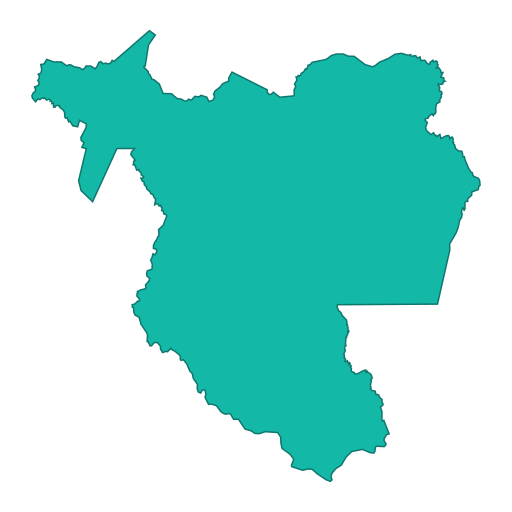 Zimba, Southern, Zambia (Equal Earth projection)
{"feature_id": "96606910B98197380388075", "entity_name": "Zimba", "entity_type": "district", "adm_level": 2, "iso_a3": "ZMB", "parent_name": "Zambia", "parent_adm1": "Southern", "projection": "equal_earth", "projection_center": [26.486, -17.666], "detail": "fine", "context": "isolated", "style": "filled", "palette": "teal", "viewbox_px": 512, "rotation_deg": 0, "n_neighbors": 0, "source": "geoboundaries", "source_scale": "gbopen_adm2", "svg_char_len": 5904}
<svg xmlns="http://www.w3.org/2000/svg" viewBox="0 0 512 512"><path d="M442.9,72.5L441.2,72.7L440.7,70.5L438.5,67.4L436.5,68.0L438.1,64.8L437.3,64.2L437.4,62.1L436.1,60.9L433.6,61.9L432.9,60.2L430.0,62.4L429.8,64.2L427.5,63.8L424.9,60.3L420.9,60.5L420.0,56.9L417.3,58.1L415.7,55.7L411.3,56.2L410.6,55.6L410.7,54.6L408.1,55.3L401.4,53.3L394.8,54.3L388.7,58.3L379.5,62.2L375.1,65.7L372.4,66.8L365.1,64.6L354.1,56.3L348.4,56.2L343.2,54.0L336.4,54.0L331.4,55.5L327.0,58.9L324.1,59.9L312.1,62.3L310.6,64.3L307.9,65.4L308.1,66.2L306.4,69.3L305.4,68.9L303.7,71.8L301.0,73.5L301.2,74.4L300.5,75.2L299.3,76.0L298.3,75.4L297.1,77.1L296.1,77.0L296.9,80.1L294.5,84.0L295.7,86.6L294.1,89.9L294.2,95.2L293.6,95.9L279.8,97.2L273.3,92.2L270.9,94.5L269.3,94.5L267.2,92.3L267.2,89.8L232.0,72.1L228.8,77.9L228.7,81.0L222.7,83.7L220.1,87.0L215.0,91.0L213.5,94.3L214.4,95.9L214.3,97.6L213.0,100.1L208.9,101.5L206.8,97.2L201.0,95.3L199.1,96.8L194.8,96.4L191.3,100.2L188.7,99.1L186.7,101.0L184.8,101.2L181.5,99.2L176.9,98.4L171.5,93.7L163.1,93.5L159.3,84.0L154.1,79.8L151.9,79.2L150.0,74.9L148.3,73.2L148.2,71.6L143.8,67.1L144.2,66.1L145.2,66.0L148.5,44.9L155.3,35.0L149.4,30.7L113.9,61.5L112.2,60.3L110.5,63.2L108.2,63.9L105.8,63.1L103.2,63.8L100.8,61.6L98.8,62.4L97.3,66.1L95.2,68.8L90.7,66.0L85.9,66.0L85.2,67.6L82.7,69.7L79.4,67.7L74.2,66.8L70.8,64.9L68.8,64.8L66.9,65.9L61.2,61.9L54.0,62.0L46.7,59.4L44.0,64.0L40.7,64.5L41.7,68.9L41.1,73.0L38.2,74.2L39.2,76.0L39.2,78.2L37.8,80.4L39.0,82.4L39.0,84.1L37.8,85.8L34.6,86.9L35.6,89.8L35.3,91.3L33.4,92.7L31.9,95.7L32.4,98.1L35.6,101.8L37.8,99.0L39.8,99.6L42.6,97.7L43.5,98.4L44.3,97.8L46.6,100.1L49.1,99.1L50.0,99.8L50.2,101.3L50.9,101.0L52.2,102.5L51.8,103.6L53.5,103.3L53.5,107.1L54.9,107.3L55.5,105.9L56.8,105.5L59.6,105.6L59.4,107.0L63.5,110.3L64.6,112.7L64.8,116.8L65.5,118.1L67.1,117.9L68.7,121.9L69.9,121.1L72.8,125.8L77.7,126.8L79.5,120.3L86.3,123.8L86.1,127.6L80.9,137.4L81.2,140.5L84.0,142.6L81.9,147.4L86.3,148.6L78.6,180.7L81.1,190.6L92.6,201.7L116.9,148.5L134.5,148.5L131.5,152.0L130.8,154.6L135.2,160.2L133.8,161.2L133.2,164.8L134.9,165.2L136.7,170.1L139.0,169.5L138.7,170.5L141.2,173.0L141.2,174.8L143.7,176.8L142.9,178.3L140.9,178.1L142.3,181.0L144.1,182.1L144.3,184.7L146.1,186.4L146.9,189.1L149.9,191.6L150.7,193.6L152.8,194.5L154.3,197.8L155.7,199.1L154.7,204.8L156.8,203.5L158.5,204.7L159.0,206.0L160.9,205.4L160.9,206.5L162.1,208.1L161.6,210.5L163.1,210.9L163.9,214.1L165.6,214.1L166.8,215.9L163.2,225.3L158.6,229.5L159.1,235.7L157.6,236.9L157.1,239.0L155.0,241.8L153.5,245.2L153.4,248.4L156.3,249.2L156.8,252.0L154.8,254.9L153.3,253.7L152.8,254.1L152.0,257.7L150.7,260.1L152.3,264.2L152.0,269.2L147.3,270.8L146.5,273.6L147.1,276.3L149.6,278.3L149.2,280.6L145.5,285.0L145.9,287.5L145.4,288.8L140.5,289.9L137.4,291.6L137.9,293.1L137.1,293.3L136.9,296.1L139.7,299.3L139.1,301.1L137.5,301.2L135.0,303.9L132.2,304.7L132.3,307.2L133.5,307.6L134.0,312.9L135.2,315.2L139.1,317.2L141.0,324.2L146.7,332.7L147.5,335.3L147.1,341.5L148.0,341.7L150.2,346.0L151.8,345.6L153.9,342.7L157.3,342.5L160.4,346.2L160.6,349.4L162.7,352.6L165.7,351.4L167.6,351.7L170.8,348.3L171.3,349.4L174.9,351.2L180.2,355.7L180.4,359.9L181.5,360.4L183.3,359.6L186.9,364.1L189.8,371.1L192.3,373.6L193.3,378.4L197.5,384.5L197.1,388.2L198.3,392.0L200.7,393.0L202.4,390.0L204.8,389.7L206.0,394.6L205.1,396.7L205.3,398.0L208.6,404.4L211.0,404.0L216.5,405.7L220.6,411.4L222.9,413.2L225.4,414.2L229.6,413.6L230.6,414.2L233.6,419.3L238.4,419.2L245.1,429.1L251.3,430.9L254.7,433.4L259.1,433.7L265.3,431.7L277.7,432.5L280.6,437.1L281.0,443.7L282.1,448.5L289.9,454.1L293.3,458.5L293.5,459.9L291.4,465.3L291.8,466.7L302.8,470.3L307.2,469.1L312.1,469.2L317.0,473.6L326.2,479.8L330.3,481.3L332.0,479.9L331.0,476.3L332.1,473.0L335.9,468.6L341.4,465.0L346.1,457.0L351.8,451.5L362.4,449.4L370.1,452.6L373.7,453.1L374.9,451.5L375.4,447.4L376.3,446.2L384.1,446.6L385.7,445.2L386.0,443.9L384.1,440.6L384.1,438.8L386.6,434.5L389.1,433.9L383.8,420.3L382.5,421.0L381.9,420.0L382.0,411.7L380.4,406.9L382.7,405.4L383.1,404.0L382.0,402.4L382.0,399.4L380.1,398.0L378.5,394.9L375.7,394.0L375.2,391.1L371.9,390.5L370.4,388.8L371.1,388.1L370.4,385.7L371.3,380.9L370.7,379.7L372.2,378.2L371.5,375.5L370.3,373.6L368.2,372.7L367.1,370.7L367.1,371.9L366.2,372.4L365.6,371.3L365.9,370.1L364.2,370.3L356.6,374.2L354.8,373.6L354.3,372.6L351.8,371.7L351.1,370.1L351.4,368.4L350.3,367.2L351.3,366.0L349.3,364.1L350.0,363.6L349.5,362.8L348.7,363.8L348.8,362.9L348.0,362.5L347.4,360.7L345.7,361.8L345.0,361.1L345.5,358.9L344.1,357.6L344.5,355.9L343.8,354.1L345.3,350.4L344.5,347.7L344.9,346.1L346.0,345.8L345.5,343.8L346.0,337.1L346.7,337.1L346.6,335.9L347.7,334.5L347.7,331.7L348.6,332.1L348.9,331.1L347.7,328.9L348.0,327.2L346.9,325.0L347.4,324.5L346.5,323.8L347.0,322.5L346.4,319.9L342.1,315.4L340.8,312.3L338.6,310.7L337.2,307.2L337.4,304.7L437.5,304.1L449.8,250.0L449.6,244.0L456.1,232.9L458.0,227.9L459.8,219.9L461.5,217.7L462.2,213.6L461.4,212.8L461.9,209.7L462.8,207.7L464.1,210.2L465.0,208.8L464.9,202.4L466.0,201.4L467.7,201.4L467.8,198.6L471.6,195.3L471.9,191.9L478.3,189.6L478.8,186.4L480.1,185.2L479.6,180.3L478.3,178.2L473.9,176.5L472.7,174.8L472.5,172.9L470.6,171.6L468.6,168.2L465.0,159.7L464.4,156.7L462.5,156.5L462.7,154.3L461.8,151.2L458.3,150.9L455.4,148.3L454.7,145.0L453.1,143.5L453.7,142.3L453.0,141.6L453.1,138.7L452.5,137.4L452.0,137.0L449.7,138.7L449.5,136.6L448.5,135.6L446.5,135.7L440.9,138.5L439.9,134.4L436.7,136.5L435.9,135.3L435.2,135.5L433.5,132.7L431.1,134.6L426.8,130.9L425.8,128.7L425.6,127.1L427.4,122.6L425.0,120.1L425.4,118.8L428.4,117.9L428.7,116.4L431.9,113.9L433.4,115.7L434.5,113.5L435.5,113.5L436.0,110.3L435.5,108.9L436.6,103.8L439.9,101.9L439.7,99.9L441.4,96.8L441.0,94.8L442.0,94.0L441.7,91.9L439.4,90.8L439.7,87.1L438.1,84.9L438.2,83.7L439.5,84.5L442.6,84.1L443.4,81.8L445.0,81.2L444.2,80.9L443.6,77.7L440.7,77.3L442.9,72.5Z" fill="#14b8a6" stroke="#0f766e" stroke-width="1.5"/></svg>